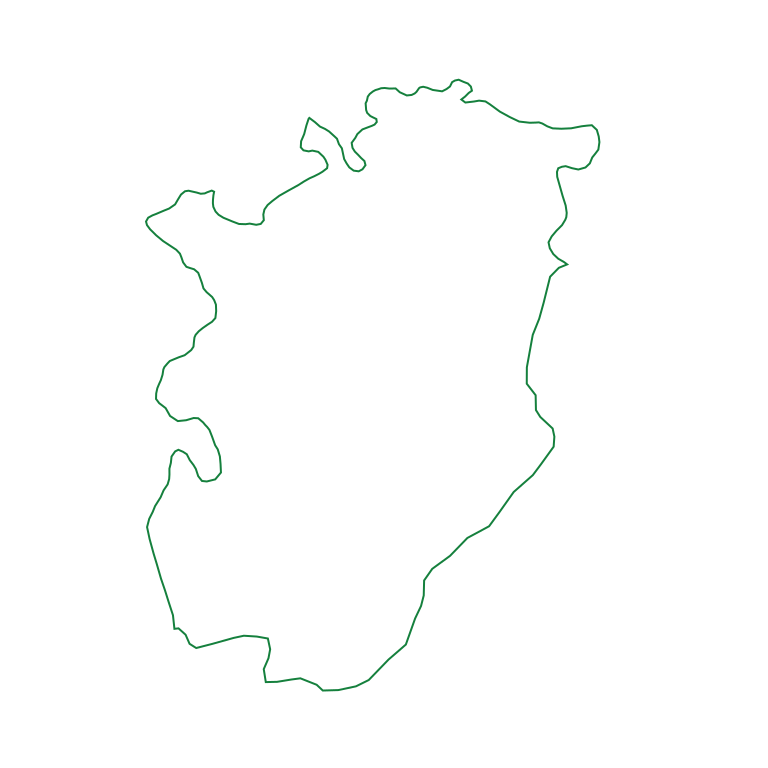 Malaryta, Brest, Belarus (Mercator projection), rotated 348°
{"feature_id": "67162791B17752609820062", "entity_name": "Malaryta", "entity_type": "district", "adm_level": 2, "iso_a3": "BLR", "parent_name": "Belarus", "parent_adm1": "Brest", "projection": "mercator", "projection_center": [24.072, 51.803], "detail": "fine", "context": "isolated", "style": "outline", "palette": "green", "viewbox_px": 768, "rotation_deg": 348, "n_neighbors": 0, "source": "geoboundaries", "source_scale": "gbopen_adm2", "svg_char_len": 4008}
<svg xmlns="http://www.w3.org/2000/svg" viewBox="0 0 768 768"><g transform="rotate(348 384 384)"><path d="M128.1,579.9L132.2,580.3L137.8,588.0L139.8,597.7L145.4,603.2L162.0,602.5L184.2,601.1L194.6,601.1L207.1,604.6L217.5,608.8L217.5,619.8L214.0,628.2L207.1,637.9L206.4,651.0L217.5,653.1L232.0,653.8L241.0,654.5L255.6,664.2L260.4,671.1L275.7,673.9L293.7,673.9L307.5,670.4L331.1,654.5L351.2,643.4L365.7,619.8L374.1,608.8L378.9,599.1L382.4,584.5L392.8,574.8L412.9,565.8L433.6,551.9L457.2,545.0L470.4,533.2L488.4,516.6L510.6,504.1L520.9,495.1L536.9,480.6L539.7,470.9L539.7,462.6L530.0,448.7L527.2,441.1L530.0,426.5L523.7,413.4L527.2,397.4L539.7,366.9L549.4,352.4L557.0,337.8L568.8,313.6L579.2,306.7L588.0,305.1L585.6,302.3L580.5,297.7L576.6,292.1L574.4,285.7L574.4,279.6L578.7,274.5L584.6,269.9L591.2,265.6L595.5,261.0L597.0,258.7L598.3,254.6L598.8,247.2L597.8,237.0L596.5,217.4L597.3,212.5L599.3,209.2L603.2,208.5L607.0,208.7L612.8,212.0L618.7,214.6L626.1,214.1L631.2,211.0L634.8,205.7L638.6,202.6L642.4,199.3L645.0,192.2L645.5,186.5L645.0,179.7L641.1,174.1L636.3,173.5L631.0,173.0L620.2,172.8L610.6,171.2L602.1,169.0L597.3,165.9L593.0,162.1L589.9,160.3L586.6,159.8L581.0,158.8L570.8,155.4L562.6,149.1L554.0,141.7L545.5,132.2L542.0,128.7L535.9,126.6L530.8,126.4L522.1,125.6L518.8,121.8L523.1,119.7L527.4,116.9L531.0,115.4L530.8,111.1L528.5,107.5L524.6,105.0L520.3,101.9L516.5,101.9L513.4,102.9L510.4,106.7L506.5,108.5L501.7,109.8L492.8,106.5L487.9,103.2L484.1,101.4L481.0,101.4L479.8,101.9L476.5,105.0L474.4,106.2L471.1,107.0L466.3,106.5L460.1,101.9L456.8,97.3L456.0,97.2L450.3,96.0L446.2,94.6L442.7,94.1L439.5,94.5L436.8,94.7L434.1,95.5L430.4,97.3L427.9,99.5L426.2,103.3L424.4,105.6L423.5,112.3L423.9,115.3L426.3,119.0L428.5,120.8L431.6,123.2L431.4,126.2L428.7,128.3L425.6,129.0L422.1,129.5L415.8,130.5L409.9,134.0L407.1,137.3L402.5,141.4L402.3,146.5L403.8,150.6L406.3,154.4L408.6,158.2L411.2,161.8L411.4,166.1L407.6,169.5L403.5,170.7L398.7,169.0L395.1,164.9L393.3,160.5L391.8,155.7L391.8,149.8L391.8,144.7L389.8,140.1L389.0,134.3L387.2,131.7L382.8,125.6L379.3,122.2L374.9,118.9L370.9,113.5L366.3,108.2L365.4,108.9L361.9,114.9L359.7,119.3L357.9,122.9L356.1,125.5L353.4,129.3L351.8,135.2L353.8,138.7L358.7,140.8L362.4,140.8L368.0,143.3L372.0,149.1L373.3,152.4L374.4,157.9L373.2,161.1L367.9,163.6L364.1,164.9L358.8,166.3L354.0,167.3L347.7,169.3L341.6,171.6L331.4,174.7L320.7,178.1L312.8,181.8L307.4,184.7L303.3,188.5L301.2,193.1L300.5,198.8L296.7,201.8L292.1,201.7L286.0,199.2L281.8,198.9L275.4,197.3L269.5,193.5L265.0,190.4L261.5,188.0L257.4,184.1L255.1,180.3L253.9,175.3L254.2,171.7L255.0,168.3L256.4,163.9L257.8,160.6L255.7,159.0L253.1,159.4L250.9,159.7L248.3,160.3L244.3,159.8L240.6,157.8L233.0,154.3L229.4,154.1L224.8,156.5L220.9,160.6L217.0,164.9L210.3,167.7L204.6,168.7L196.4,170.3L192.6,170.9L187.9,172.3L185.0,175.6L185.2,179.3L187.4,184.1L189.6,187.4L192.0,191.1L197.6,198.2L203.1,203.8L208.7,209.5L211.5,214.1L212.2,218.2L212.8,223.3L215.1,228.3L218.3,230.2L222.1,232.3L225.4,236.6L225.9,239.9L226.9,247.2L227.3,253.0L229.6,257.3L234.0,263.2L235.3,266.6L236.1,271.4L235.0,277.8L232.8,284.4L228.7,287.4L223.7,289.3L218.3,291.6L213.8,293.9L210.0,296.7L208.3,299.0L206.6,304.0L205.4,307.9L202.5,310.7L195.0,314.4L188.8,315.2L183.9,316.1L179.2,317.0L176.3,319.0L172.7,321.8L171.2,323.9L169.3,328.9L166.5,333.9L164.1,337.1L161.4,341.0L159.2,345.9L157.9,351.2L160.1,356.0L162.1,358.3L165.4,362.2L168.1,370.8L174.6,377.4L182.9,378.3L190.8,377.7L195.2,378.9L199.1,384.0L200.6,386.9L202.1,389.3L203.7,392.6L204.9,399.8L206.1,408.8L207.8,413.4L208.4,420.7L207.5,428.2L206.1,436.7L199.1,442.2L190.4,442.5L185.8,441.0L183.1,435.5L182.3,428.0L180.8,423.6L178.2,418.1L176.5,411.7L173.3,408.5L169.2,405.6L165.7,406.5L161.1,410.8L159.1,416.9L156.5,422.2L155.3,428.0L154.1,432.3L151.5,437.2L146.3,442.2L142.0,448.3L134.7,455.8L131.2,461.0L126.3,467.1L122.5,474.7L122.5,486.8L123.4,502.2L124.3,512.7L125.4,528.0L126.9,540.5L128.0,552.1L129.5,566.3L128.1,579.9Z" fill="none" stroke="#15803d" stroke-width="2"/></g></svg>